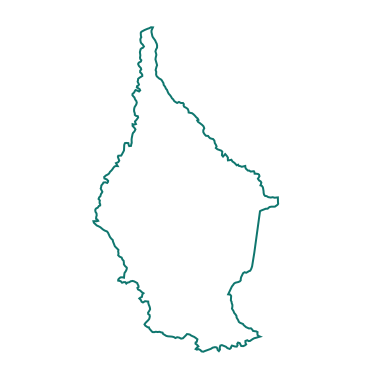 outline of Herval, Rio Grande do Sul, Brazil, rotated 280°
{"feature_id": "56859067B25919241762236", "entity_name": "Herval", "entity_type": "district", "adm_level": 2, "iso_a3": "BRA", "parent_name": "Brazil", "parent_adm1": "Rio Grande do Sul", "projection": "natural_earth1", "projection_center": [-53.366, -32.034], "detail": "fine", "context": "isolated", "style": "outline", "palette": "teal", "viewbox_px": 384, "rotation_deg": 280, "n_neighbors": 0, "source": "geoboundaries", "source_scale": "gbopen_adm2", "svg_char_len": 6003}
<svg xmlns="http://www.w3.org/2000/svg" viewBox="0 0 384 384"><g transform="rotate(280 192 192)"><path d="M269.6,178.4L269.7,174.9L270.9,174.6L271.9,174.1L273.1,173.3L273.9,171.6L274.6,169.5L275.7,168.7L277.1,168.7L278.1,167.6L277.7,165.7L278.4,163.5L277.1,161.9L277.9,159.8L278.7,158.4L279.9,157.5L280.8,156.0L282.2,154.9L283.5,153.6L284.8,151.9L286.6,150.6L288.3,149.6L289.2,148.4L290.9,147.3L292.6,145.5L294.2,145.0L296.8,142.8L297.6,141.6L298.0,140.1L299.8,137.2L301.3,136.3L304.2,135.9L305.8,135.0L309.3,135.3L310.8,135.6L316.2,133.0L317.8,132.9L320.8,133.1L322.1,132.6L324.1,131.6L326.0,131.8L328.1,132.5L330.2,132.2L331.9,131.5L333.2,130.5L334.9,129.4L337.7,126.5L338.6,125.9L342.5,124.3L344.1,124.1L347.3,124.9L347.1,123.0L345.9,121.5L345.1,120.0L343.3,117.2L341.0,114.3L339.7,113.9L336.8,114.6L335.7,115.2L334.3,114.7L332.9,114.7L330.6,115.5L329.6,116.3L328.6,117.9L326.9,119.4L325.4,118.5L324.8,117.4L323.7,116.6L320.7,116.4L317.6,117.4L315.1,117.5L313.9,118.0L313.0,119.2L311.6,119.0L310.1,117.1L308.7,116.7L307.0,117.8L305.1,120.2L303.9,120.7L302.4,119.9L300.8,120.2L300.1,121.5L298.9,122.6L297.6,122.9L295.4,120.4L294.1,119.3L292.7,119.4L291.2,119.3L288.7,121.1L287.5,120.7L286.7,119.5L285.4,119.5L284.9,121.0L284.2,122.5L283.1,123.3L281.8,122.4L282.3,120.7L282.6,118.7L281.3,118.1L279.9,117.7L278.3,116.4L277.0,116.5L276.0,117.6L275.1,118.9L273.9,119.5L272.9,120.3L271.9,121.4L270.4,122.1L268.5,121.9L265.5,120.7L263.9,120.6L262.8,120.7L261.4,121.0L259.5,122.0L258.0,122.3L257.3,123.5L257.2,125.5L256.0,126.0L253.4,124.8L251.6,123.6L250.4,124.1L249.2,125.0L248.3,123.3L248.5,121.7L246.8,122.0L245.2,124.1L243.9,125.4L242.6,125.1L241.3,124.6L240.0,123.7L238.7,123.4L234.7,123.3L233.1,123.4L229.9,124.1L228.7,123.9L226.8,123.9L226.3,122.2L227.5,121.4L229.1,120.8L228.9,118.6L228.4,117.4L226.5,117.1L221.2,117.8L219.7,117.4L215.6,116.0L214.9,113.1L213.7,112.9L210.2,114.9L208.6,114.2L207.2,112.1L204.6,114.3L204.4,112.6L203.7,111.3L202.2,110.4L200.8,109.8L199.3,109.0L197.5,107.7L195.8,107.1L194.5,105.9L193.4,104.4L191.5,102.9L190.1,103.4L189.6,105.9L188.4,107.5L187.3,107.5L186.2,106.9L186.5,105.2L186.0,103.2L184.2,102.5L182.7,101.6L180.9,101.7L179.5,101.5L176.6,103.7L175.4,103.3L174.4,102.8L173.3,102.6L171.9,102.5L170.6,101.5L168.9,101.2L167.7,102.7L166.5,102.7L165.1,102.9L164.0,103.7L162.8,103.9L162.0,102.7L160.2,101.9L159.2,100.5L158.1,99.9L156.8,100.0L155.6,100.5L154.3,101.7L152.4,102.2L150.6,102.0L148.9,102.2L148.4,103.6L147.3,104.6L146.6,103.1L146.5,101.7L146.1,100.0L144.7,100.7L142.5,104.0L142.0,106.0L141.3,108.0L139.7,110.7L138.9,112.6L138.4,115.1L137.4,116.3L133.5,119.0L132.1,120.5L130.9,122.3L129.5,122.8L125.1,125.5L122.2,129.6L120.7,129.6L118.7,130.3L116.9,130.3L115.8,131.8L115.2,134.1L113.4,135.2L112.4,136.6L110.5,137.2L108.9,137.5L107.5,138.9L106.2,140.9L105.1,141.1L103.8,140.9L102.1,140.4L100.9,139.7L99.7,139.6L95.8,139.9L95.9,138.1L95.5,136.4L94.5,135.5L93.1,134.6L91.9,134.7L91.8,137.2L90.5,138.9L91.4,140.5L91.6,142.1L90.4,143.2L91.5,144.1L92.2,145.8L93.4,147.1L94.1,149.0L93.9,150.7L92.8,153.9L91.5,154.6L90.6,155.4L89.2,155.9L88.1,154.9L86.7,155.7L85.9,158.2L84.7,159.9L83.9,161.8L82.7,160.9L80.0,160.9L79.0,159.5L78.0,158.6L76.7,160.4L75.2,161.4L74.7,162.9L76.3,164.7L76.5,167.9L74.9,168.3L73.3,169.1L72.0,170.0L70.5,170.7L69.3,171.1L67.9,170.7L65.5,169.7L64.2,170.1L63.5,171.6L61.9,172.1L59.6,171.9L58.1,171.1L55.1,169.0L53.4,168.2L52.3,169.2L51.1,171.8L51.2,173.1L50.1,173.7L48.2,176.0L47.2,177.4L47.4,179.1L48.1,180.7L48.1,182.4L48.7,184.3L48.4,186.0L48.4,187.4L47.2,188.2L45.8,191.7L45.7,193.4L45.9,195.2L46.1,197.5L46.0,199.3L45.3,201.0L46.4,202.6L46.4,204.6L45.7,206.7L46.4,208.5L49.8,210.9L51.2,211.7L51.3,213.4L51.2,214.7L50.6,215.8L50.1,217.5L49.7,219.3L48.9,221.0L47.9,222.9L45.3,222.7L44.5,221.7L43.2,221.8L42.6,223.1L41.9,224.2L41.1,225.1L39.7,223.9L38.0,222.9L37.6,224.2L38.4,225.7L37.8,227.7L36.7,229.1L36.7,230.9L37.7,232.4L40.8,237.8L42.3,239.4L43.2,241.6L43.2,243.2L42.2,244.2L40.9,244.7L40.0,246.1L41.7,246.9L43.5,246.3L45.7,246.6L46.4,248.0L45.5,252.3L44.4,254.0L44.0,256.4L45.2,257.4L46.6,257.5L47.7,258.0L47.3,261.1L47.5,262.9L49.0,263.5L50.4,262.9L51.7,263.5L51.5,265.2L48.9,267.2L49.1,269.2L50.1,270.7L51.3,271.8L52.8,270.8L54.6,270.5L55.6,272.2L55.0,273.6L55.4,275.0L57.6,277.2L58.8,278.7L59.5,280.3L61.4,284.1L61.8,282.4L62.6,281.4L63.7,281.0L65.4,280.9L65.9,279.4L65.8,277.8L65.8,276.2L66.9,275.3L68.0,273.7L67.5,271.8L68.3,268.7L69.9,266.0L70.9,265.1L71.2,263.5L71.6,261.9L72.3,260.6L73.6,259.9L76.1,257.7L77.7,257.3L79.1,256.0L80.2,254.6L82.0,253.5L84.1,251.6L85.7,251.7L87.8,251.4L89.5,250.4L90.8,250.0L92.0,249.1L96.4,248.6L97.6,247.4L97.5,245.4L105.9,247.7L107.5,248.6L109.1,249.3L110.2,250.5L111.4,253.3L112.4,254.7L113.4,255.3L115.0,255.1L116.7,255.2L120.9,256.4L122.1,257.7L121.9,259.4L122.9,260.7L123.7,261.5L124.6,263.0L126.7,263.7L129.2,264.1L143.1,263.9L184.9,262.3L185.8,263.4L188.3,267.5L188.7,269.4L189.8,270.2L190.7,271.1L191.4,272.9L191.7,274.8L192.0,276.2L194.2,278.4L195.3,278.9L197.1,278.4L201.6,277.5L200.7,274.3L200.9,272.4L200.2,270.5L200.2,268.0L200.9,266.2L200.8,264.7L201.9,263.4L203.6,262.7L205.3,262.3L207.9,261.4L209.0,260.9L210.2,259.7L210.4,258.3L212.2,258.6L213.4,258.6L214.4,257.7L215.0,256.1L216.5,254.6L217.9,255.2L219.3,255.7L220.7,255.0L221.2,253.9L221.2,252.3L220.9,250.5L222.2,250.1L223.2,249.3L222.3,246.2L223.0,244.7L222.8,243.4L224.2,241.2L225.2,240.4L226.9,239.9L225.5,236.7L225.8,235.2L225.9,233.5L226.9,232.7L226.1,231.4L228.1,228.7L229.1,226.5L230.6,225.2L229.9,223.6L229.4,221.9L230.7,221.5L231.9,221.5L233.0,220.6L234.0,219.5L235.1,218.1L232.3,216.4L233.4,215.1L237.0,214.8L237.8,213.7L238.5,209.6L239.5,207.8L241.2,208.3L242.8,207.2L244.1,206.0L246.5,205.1L247.8,203.6L247.9,201.9L248.1,200.5L248.8,199.4L250.0,198.1L249.8,195.9L250.9,194.5L251.7,193.7L253.0,192.7L254.9,192.4L256.9,193.0L258.7,191.9L259.8,190.4L261.5,187.2L262.0,185.9L263.4,184.7L264.1,185.8L265.4,184.8L266.4,183.1L267.5,181.8L268.7,180.1L269.6,178.4Z" fill="none" stroke="#0f766e" stroke-width="2"/></g></svg>